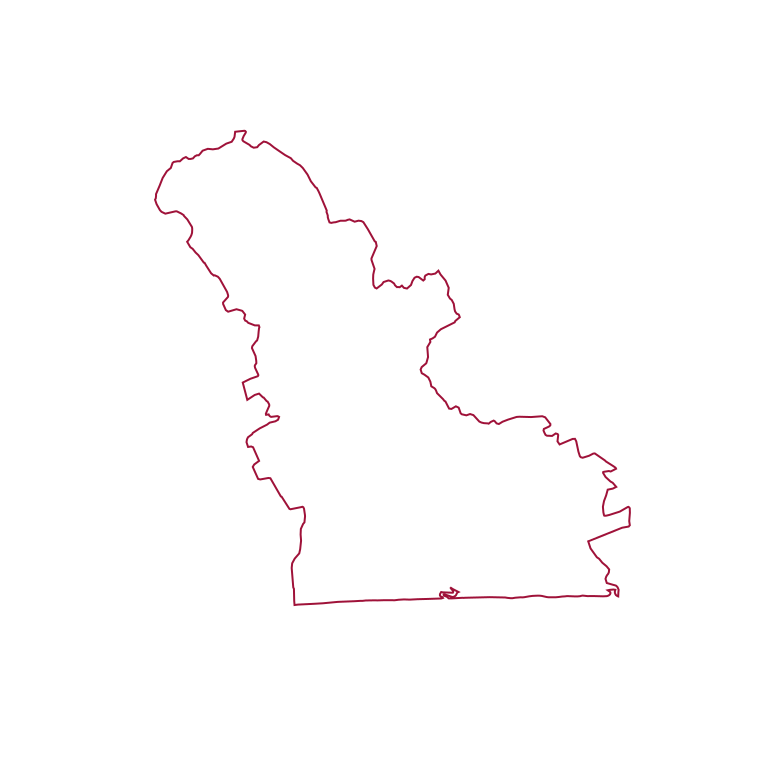 Chiquimulilla, Santa Rosa, Guatemala, rotated 335°
{"feature_id": "79465075B27028234589447", "entity_name": "Chiquimulilla", "entity_type": "district", "adm_level": 2, "iso_a3": "GTM", "parent_name": "Guatemala", "parent_adm1": "Santa Rosa", "projection": "orthographic", "projection_center": [-90.323, 13.987], "detail": "fine", "context": "isolated", "style": "outline", "palette": "rose", "viewbox_px": 768, "rotation_deg": 335, "n_neighbors": 0, "source": "geoboundaries", "source_scale": "gbopen_adm2", "svg_char_len": 6139}
<svg xmlns="http://www.w3.org/2000/svg" viewBox="0 0 768 768"><g transform="rotate(335 384 384)"><path d="M364.5,95.5L355.7,92.5L353.0,96.8L351.6,98.1L348.3,100.1L342.7,99.5L333.4,100.6L328.1,99.0L323.7,96.4L318.2,95.9L314.5,97.7L312.7,98.4L311.1,97.6L308.8,97.7L306.2,98.8L303.9,98.3L302.1,97.5L300.4,94.6L297.3,94.6L293.1,95.9L291.1,94.9L287.3,93.9L285.8,94.3L282.1,98.1L277.1,99.4L270.5,103.7L264.5,109.4L257.6,115.6L256.9,117.2L255.6,119.3L254.4,120.2L253.9,124.9L254.4,131.7L255.1,133.9L257.8,137.2L267.6,139.3L268.6,139.6L269.3,140.1L272.2,143.7L273.8,146.3L273.8,147.3L275.3,151.7L276.3,160.4L276.0,161.7L275.3,163.3L273.9,165.9L272.3,167.7L270.8,168.9L267.3,171.2L265.7,171.9L266.3,178.2L267.7,180.6L268.8,185.2L270.2,188.7L272.0,197.9L272.6,198.3L272.9,201.7L274.1,210.6L275.6,213.8L276.5,213.9L278.8,216.6L279.6,219.3L280.7,234.3L280.2,237.8L279.8,238.6L279.3,239.2L272.6,242.1L272.0,243.5L271.9,250.2L273.3,252.6L281.9,253.9L285.8,257.2L286.5,257.9L287.5,262.4L284.9,265.6L285.0,267.9L286.1,269.1L286.8,271.2L291.7,276.3L295.3,278.0L295.1,279.9L294.4,280.5L292.6,283.4L290.0,287.9L287.4,290.9L286.1,291.2L280.6,294.1L279.5,295.6L279.4,304.4L278.0,309.0L277.1,311.2L274.9,312.5L274.4,313.2L274.0,314.8L274.0,322.3L273.7,323.1L272.9,323.6L265.1,322.8L256.6,323.0L253.4,340.6L262.2,339.3L266.7,339.9L268.6,344.9L269.2,345.4L270.4,349.9L271.1,350.8L271.3,354.0L270.8,355.3L266.3,359.2L264.3,361.1L264.1,362.1L266.6,362.8L266.6,363.7L266.9,364.8L267.3,365.5L267.8,366.1L273.7,368.0L274.3,368.5L275.0,369.5L272.9,371.6L269.8,371.9L264.0,370.7L260.9,371.4L252.6,371.7L244.4,372.9L243.2,373.8L238.2,374.8L236.4,376.3L234.8,378.6L234.2,383.6L237.2,384.5L238.6,386.0L238.3,400.9L232.3,402.1L230.0,403.7L229.8,416.8L231.5,418.2L239.5,420.3L241.2,421.4L243.0,442.3L243.6,442.9L245.5,457.2L246.3,458.0L256.6,460.5L258.2,460.8L258.8,461.6L258.8,463.3L257.0,469.3L256.5,470.6L253.4,475.8L251.6,476.6L247.4,480.2L244.8,485.2L242.6,491.0L238.2,498.3L235.6,501.7L229.3,504.5L225.0,507.7L222.6,511.7L215.8,530.0L215.8,531.6L211.0,542.5L209.5,546.5L212.9,547.6L227.1,553.4L235.9,556.9L250.2,562.0L265.5,568.4L270.3,570.3L272.7,571.4L276.0,572.5L282.3,575.3L287.2,577.6L293.0,580.1L302.3,584.5L306.0,585.7L311.1,587.7L316.2,590.3L323.4,593.2L332.6,597.2L345.3,602.6L347.0,602.8L346.8,601.8L346.1,601.1L345.6,600.4L345.3,599.4L345.9,598.1L347.9,596.7L349.3,597.7L357.6,602.0L358.3,602.2L359.0,601.5L359.0,600.2L358.5,598.6L358.1,596.3L359.6,598.8L363.6,604.0L362.5,604.0L361.8,604.3L360.3,605.6L359.6,606.0L358.9,606.2L357.9,606.3L356.7,606.2L355.9,605.9L350.9,601.1L349.9,600.3L349.1,600.0L348.8,601.0L349.6,601.9L351.1,603.4L352.0,605.6L354.2,606.7L364.2,610.7L366.1,611.6L367.6,612.2L389.8,621.9L403.6,628.7L405.5,630.0L407.2,631.0L408.5,631.8L409.8,632.4L412.4,633.1L413.8,633.6L417.8,635.1L419.3,635.9L421.0,636.5L425.9,637.8L429.3,638.9L433.9,640.8L435.9,641.8L437.5,642.8L441.5,645.9L443.3,647.0L449.6,649.9L452.4,650.9L455.6,651.9L458.4,653.0L460.3,653.6L467.1,657.1L469.4,658.2L471.0,658.8L472.2,659.2L473.0,659.3L474.6,659.7L478.9,662.3L483.6,664.4L492.8,669.0L495.0,669.9L496.2,670.4L497.5,670.6L499.0,670.5L500.0,670.1L500.8,669.3L501.1,668.5L500.8,667.4L500.1,666.4L499.6,665.5L501.7,666.0L505.0,667.2L506.7,668.3L505.4,669.8L505.0,670.9L504.9,672.0L505.0,673.3L505.9,674.9L506.5,675.5L508.3,672.0L509.7,669.6L509.8,666.9L509.2,665.0L508.1,663.9L507.2,663.2L501.8,658.5L502.4,654.2L504.0,652.5L505.6,651.4L506.9,650.8L508.2,649.7L509.7,647.2L508.7,643.3L506.3,638.2L505.1,633.3L503.7,631.0L501.7,620.3L502.6,612.9L539.1,614.9L545.5,616.6L547.1,615.9L548.3,611.9L552.4,604.7L553.6,601.9L554.1,600.9L554.2,599.9L553.7,598.7L552.9,598.5L543.8,599.3L532.9,597.9L530.0,597.3L528.8,596.9L528.0,596.4L528.0,595.5L528.3,594.4L528.5,593.3L530.5,587.8L533.9,583.1L538.2,578.9L542.1,574.3L547.1,575.5L551.0,575.4L549.5,570.1L548.1,568.2L545.5,561.9L545.0,557.3L545.3,556.5L546.2,556.5L551.0,557.9L552.5,559.1L558.5,558.9L558.5,557.8L557.2,555.5L552.4,548.0L551.9,546.6L545.7,536.0L544.2,535.5L539.5,535.7L532.9,534.8L531.4,533.5L531.0,532.2L531.6,527.5L534.0,517.2L533.9,514.4L531.7,513.5L517.6,513.0L517.0,509.3L520.3,503.9L520.2,502.7L518.7,501.4L514.4,502.1L509.8,499.7L508.9,498.4L508.8,495.6L508.9,493.6L509.9,492.3L515.6,492.3L517.2,491.8L517.9,490.6L516.0,482.3L513.8,480.1L503.3,476.1L492.9,470.9L490.3,469.9L481.4,468.7L475.5,468.3L471.2,468.8L469.4,467.3L468.6,464.4L467.9,463.5L464.7,463.5L462.1,464.2L461.3,463.5L458.0,461.7L456.0,460.1L454.5,458.3L451.9,450.0L449.3,447.6L445.4,447.2L441.7,444.3L441.1,442.9L441.7,437.0L439.7,434.6L434.6,435.1L432.6,433.8L432.3,425.8L431.6,424.8L431.1,422.6L428.2,414.7L428.4,411.9L428.3,410.3L427.9,409.1L425.9,406.1L427.0,401.5L426.9,396.8L424.5,392.5L422.8,390.2L423.3,386.4L425.3,384.6L431.0,383.1L431.7,382.4L435.3,378.2L438.8,368.9L443.8,365.5L444.5,363.1L447.2,363.2L450.2,362.7L453.8,359.8L458.7,358.4L474.1,358.0L475.3,357.0L480.9,355.5L481.1,353.3L481.0,352.5L479.6,351.0L479.1,348.3L479.5,346.1L481.1,340.8L480.9,336.5L479.9,334.4L479.5,330.1L483.3,324.2L483.5,316.3L481.5,308.6L481.2,304.3L477.2,305.6L473.0,304.6L470.8,303.0L467.3,303.2L466.1,304.2L465.1,306.3L463.3,306.8L460.6,301.7L459.0,300.6L456.6,300.6L453.3,302.7L450.3,305.7L445.2,307.2L442.7,305.3L441.8,302.4L439.1,302.9L437.6,302.0L436.7,301.7L435.7,299.2L435.6,297.2L434.0,294.2L433.2,293.2L431.7,292.0L426.7,291.4L424.1,292.9L417.7,294.3L416.5,292.8L416.3,289.7L418.7,283.8L420.5,280.3L422.7,277.4L424.1,275.7L425.1,266.3L425.7,264.9L435.7,255.9L436.6,251.7L435.9,250.8L434.8,236.9L433.7,228.6L432.4,226.8L429.9,225.2L426.0,224.5L422.4,220.3L420.5,219.9L418.3,219.8L413.4,217.6L408.5,216.9L406.5,216.2L404.3,215.7L402.9,214.5L403.2,211.0L403.6,208.8L404.1,208.0L404.4,206.3L404.6,203.8L405.4,202.6L406.1,184.3L406.1,181.5L405.9,177.8L405.1,176.9L403.4,169.4L403.2,161.9L401.7,153.9L400.3,150.2L398.5,147.7L395.9,143.3L395.0,140.0L391.1,134.7L387.9,129.3L384.2,123.0L381.9,118.3L379.7,115.2L377.4,113.4L371.6,114.6L369.2,115.8L365.8,114.8L363.8,112.3L363.2,110.5L359.2,104.7L358.9,103.9L358.8,102.9L359.2,102.2L361.6,100.0L365.0,97.7L365.4,97.0L365.1,96.0L364.5,95.5Z" fill="none" stroke="#9f1239" stroke-width="2"/></g></svg>